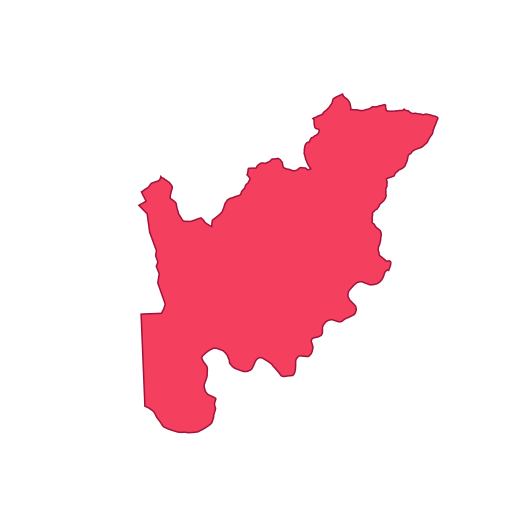 outline of Tading, Samchi, Bhutan, rotated 110°
{"feature_id": "84629894B93627988982150", "entity_name": "Tading", "entity_type": "district", "adm_level": 2, "iso_a3": "BTN", "parent_name": "Bhutan", "parent_adm1": "Samchi", "projection": "orthographic", "projection_center": [89.262, 26.881], "detail": "fine", "context": "isolated", "style": "filled", "palette": "rose", "viewbox_px": 512, "rotation_deg": 110, "n_neighbors": 0, "source": "geoboundaries", "source_scale": "gbopen_adm2", "svg_char_len": 6081}
<svg xmlns="http://www.w3.org/2000/svg" viewBox="0 0 512 512"><g transform="rotate(110 256 256)"><path d="M67.3,167.0L68.6,167.7L69.2,168.2L70.3,171.3L71.2,172.5L71.6,173.9L72.2,174.8L73.1,176.6L73.4,178.1L74.0,179.0L74.4,180.9L74.9,182.3L74.7,183.3L73.8,183.8L72.1,185.0L69.9,185.8L69.8,187.1L71.7,189.7L72.6,191.3L74.1,193.0L75.5,195.8L75.7,197.3L76.9,198.5L78.5,199.3L80.2,201.7L80.8,202.7L82.2,204.5L83.1,205.9L83.7,208.2L84.2,211.7L85.1,213.6L85.5,215.8L86.0,217.1L84.4,217.5L81.7,219.1L80.4,220.0L79.3,221.1L77.7,223.5L77.2,224.6L76.8,226.3L76.3,227.6L75.8,228.6L74.2,230.0L79.1,235.0L80.1,235.8L81.8,237.1L82.5,237.2L83.9,237.1L84.7,237.0L86.2,236.9L87.8,237.2L89.2,237.7L90.8,237.9L93.6,239.2L94.9,239.7L97.0,241.2L99.1,242.0L99.8,241.9L101.0,242.9L101.7,243.8L103.8,246.1L105.0,246.9L106.0,248.4L107.4,249.6L108.0,248.3L109.2,247.6L110.1,247.3L112.0,246.5L113.7,245.5L115.2,244.5L115.8,243.0L115.4,241.5L115.7,240.2L116.2,239.5L118.5,239.3L120.3,239.7L122.0,240.8L123.0,241.9L124.2,242.7L125.2,243.1L125.6,244.0L126.4,244.5L127.6,244.8L128.5,244.7L131.2,245.2L131.5,246.4L132.5,247.0L133.1,247.3L134.2,247.6L135.5,247.7L140.0,246.9L140.8,246.4L141.8,246.2L143.5,245.7L144.7,244.6L147.8,242.6L151.4,239.3L152.8,237.9L155.3,234.3L157.2,236.6L157.2,237.6L156.5,238.8L156.5,240.1L157.1,242.0L157.3,243.3L157.9,244.5L158.4,245.2L159.6,245.9L160.5,246.3L161.9,247.5L162.7,249.0L163.3,250.5L163.2,254.6L163.6,255.7L163.7,258.0L163.6,259.6L163.4,260.6L162.0,261.6L160.6,262.4L158.9,263.5L158.3,264.6L157.2,266.2L156.7,268.6L158.0,270.9L158.9,272.6L159.1,273.6L159.8,274.4L161.9,275.1L163.2,276.3L164.8,277.9L165.6,278.9L166.2,280.0L166.2,281.3L166.9,282.9L168.3,284.2L169.8,285.1L171.1,285.7L173.2,285.9L173.9,287.1L174.4,288.8L175.0,290.3L176.2,293.0L177.5,293.0L178.7,292.6L181.1,292.2L182.7,292.2L184.0,289.8L185.5,287.9L190.6,288.6L191.9,289.6L193.3,290.0L195.8,289.8L200.2,291.6L203.5,291.5L205.1,292.8L207.1,295.6L209.8,298.6L210.5,299.9L213.0,302.0L217.5,303.1L221.4,302.8L225.8,302.9L229.1,304.2L232.7,306.3L237.2,309.2L239.7,308.8L243.4,307.7L243.5,308.9L242.6,313.0L242.1,315.0L240.3,317.6L239.0,320.6L240.4,322.7L243.1,325.7L244.8,327.9L246.0,329.4L246.5,331.2L247.6,334.5L247.9,335.4L247.9,336.4L247.1,337.8L245.6,339.6L243.0,343.0L240.1,345.0L238.6,346.3L233.8,349.1L232.7,351.0L232.2,352.5L231.3,355.8L230.6,356.5L228.5,357.2L223.2,357.8L221.4,357.8L219.8,358.2L218.4,359.6L216.5,362.7L216.2,364.0L215.5,366.4L215.4,367.5L215.0,368.4L214.6,369.4L214.7,371.4L213.9,372.6L214.9,372.5L217.2,372.5L219.1,373.7L220.2,375.3L221.9,377.3L223.1,378.8L224.3,379.6L226.6,380.1L228.8,381.0L231.2,383.0L233.4,384.4L235.0,385.6L236.1,384.3L237.0,383.5L241.4,378.7L242.1,378.0L248.4,383.4L253.6,372.7L270.1,364.0L285.0,351.4L290.1,350.4L295.3,346.1L299.8,346.2L305.7,340.9L314.9,339.1L332.3,324.8L337.6,324.6L342.2,325.3L349.9,344.1L435.2,309.0L435.4,305.4L436.8,299.9L437.9,297.9L441.7,293.9L444.9,288.9L447.3,285.9L448.1,284.4L448.6,279.7L448.5,275.1L448.2,269.4L447.4,266.2L446.0,262.9L445.1,258.9L443.4,254.9L441.1,250.4L435.6,245.4L430.3,241.6L427.9,240.5L426.7,240.5L422.5,240.6L421.3,241.0L419.8,241.3L418.4,241.4L414.9,241.6L413.1,241.8L411.3,243.3L408.8,244.6L404.2,244.8L403.6,245.1L403.3,246.1L402.9,249.3L402.7,251.9L402.8,253.0L401.8,255.3L401.3,256.0L400.5,257.3L396.3,260.2L394.0,260.7L387.5,260.7L385.1,261.0L383.0,261.8L380.0,262.6L377.6,263.6L376.2,264.8L373.2,269.4L370.6,272.0L369.4,272.3L368.1,272.1L363.8,269.8L361.6,268.4L359.4,266.6L357.0,264.1L356.2,261.2L356.2,254.7L357.5,251.6L359.1,249.1L359.9,248.3L363.2,245.4L365.9,244.1L366.7,242.4L367.9,240.5L368.8,237.5L368.9,230.7L368.7,227.6L367.3,224.5L364.9,222.0L363.1,221.2L359.2,220.8L355.4,220.6L353.5,220.2L351.5,219.2L350.2,217.8L349.7,215.7L349.8,214.6L351.0,208.5L352.1,204.6L353.2,202.9L356.4,197.0L358.6,193.4L359.8,191.7L360.0,190.6L359.8,188.7L357.6,184.6L356.3,181.8L355.6,180.5L353.8,179.9L352.0,179.8L349.0,180.2L344.8,181.5L340.8,182.9L339.0,182.9L338.0,182.7L335.9,181.8L335.0,180.9L334.5,179.7L333.9,177.0L333.4,175.4L333.1,173.7L332.3,172.3L331.6,171.8L329.7,171.0L328.6,170.7L326.6,170.6L323.1,171.0L322.1,171.3L318.9,173.6L317.5,174.9L316.0,175.1L315.0,175.1L313.4,174.1L311.8,171.5L310.5,169.6L308.3,167.6L306.6,167.3L305.1,167.4L300.1,169.2L297.4,169.0L294.1,167.9L291.7,166.0L289.8,162.9L289.6,156.1L288.9,154.0L287.9,152.9L285.5,151.4L284.0,150.2L282.0,147.9L277.6,143.8L275.9,143.2L273.9,143.2L271.7,143.5L269.5,144.9L268.6,146.0L265.3,152.9L262.6,155.7L260.2,156.6L257.7,156.9L255.0,156.1L249.6,153.9L246.6,152.1L245.2,150.4L244.0,148.2L244.1,139.0L242.8,135.9L240.6,132.7L238.1,130.8L235.7,129.8L233.8,129.4L231.3,129.2L227.2,129.4L225.1,128.5L224.1,127.5L224.2,126.4L218.9,126.4L216.9,126.8L215.4,127.4L214.9,129.0L215.4,130.1L216.1,130.9L216.2,131.9L215.5,133.5L213.1,140.4L210.7,141.6L208.9,143.1L207.7,143.5L204.9,144.0L203.7,143.8L201.0,144.0L198.5,144.3L196.2,145.0L194.7,145.2L193.5,145.5L191.8,146.2L189.9,147.6L188.9,149.8L188.5,151.1L188.3,152.3L187.6,153.6L186.0,155.4L185.5,156.3L185.3,157.0L185.1,158.1L184.2,158.8L182.8,158.8L181.3,159.5L180.8,159.9L178.7,160.3L177.4,160.4L176.7,161.2L174.7,161.0L173.9,160.3L172.9,160.0L171.8,159.5L170.7,158.4L169.2,158.0L168.3,157.8L167.2,157.4L166.4,157.4L165.4,157.5L160.8,155.1L159.5,154.6L158.6,154.5L157.9,154.2L156.3,154.2L154.6,154.4L153.2,155.2L151.4,155.9L150.2,156.3L149.4,156.7L148.6,157.0L146.1,156.8L145.0,157.0L143.9,157.5L142.9,157.7L141.3,158.2L140.1,159.2L139.0,159.8L138.0,159.0L135.8,156.3L133.8,153.8L132.7,153.5L131.0,153.5L129.2,152.7L127.6,151.7L126.2,151.1L125.4,150.2L123.7,148.5L120.8,146.9L116.0,146.6L114.3,146.6L111.8,147.0L109.8,147.3L108.2,146.9L106.8,145.6L103.9,144.7L101.4,142.7L97.3,137.7L96.1,136.9L91.0,134.1L89.3,133.8L86.6,133.6L83.5,132.8L81.6,132.2L80.1,132.0L78.5,132.4L74.5,132.5L69.1,132.3L66.4,132.3L65.0,132.1L64.0,132.4L63.6,133.3L63.4,135.1L63.7,137.3L63.9,141.5L64.2,143.4L64.5,144.9L65.2,146.0L66.2,147.2L66.2,149.5L67.0,152.2L67.3,155.0L68.4,157.2L68.6,158.1L68.4,160.2L67.5,162.3L67.8,164.1L67.9,166.2L67.3,167.0Z" fill="#f43f5e" stroke="#9f1239" stroke-width="1.5"/></g></svg>